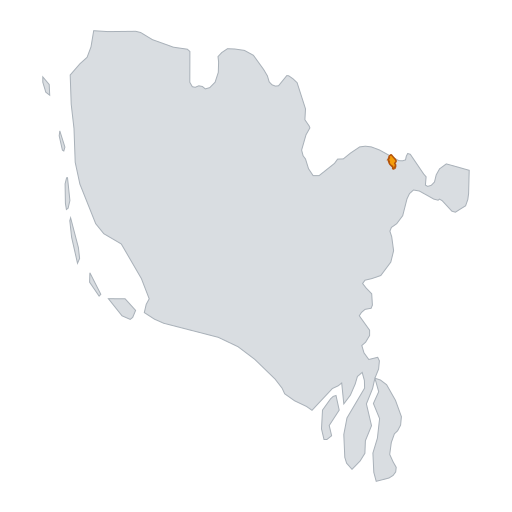 Beesel, Limburg, Netherlands shown in context, rotated 270°
{"feature_id": "6326949B64998271087377", "entity_name": "Beesel", "entity_type": "district", "adm_level": 2, "iso_a3": "NLD", "parent_name": "Netherlands", "parent_adm1": "Limburg", "projection": "robinson", "projection_center": [6.061, 51.27], "detail": "fine", "context": "in_parent", "style": "filled", "palette": "amber", "viewbox_px": 512, "rotation_deg": 270, "n_neighbors": 0, "source": "geoboundaries", "source_scale": "gbopen_adm2", "svg_char_len": 4394}
<svg xmlns="http://www.w3.org/2000/svg" viewBox="0 0 512 512"><g transform="rotate(270 256 256)"><path d="M341.7,469.2L329.7,468.9L318.4,468.6L312.5,467.8L306.2,465.6L303.3,460.9L299.8,455.4L300.8,451.9L311.3,442.2L312.9,439.5L311.8,438.1L312.9,433.8L321.0,419.3L322.0,413.5L318.4,409.5L313.2,407.0L296.3,402.7L288.3,396.7L284.6,391.4L280.8,389.9L275.3,391.7L261.3,393.6L249.9,390.8L236.5,380.8L233.4,371.8L231.8,365.0L228.5,362.6L224.0,366.1L218.2,371.7L206.9,372.4L203.7,371.1L203.2,368.0L202.6,365.0L199.5,361.4L196.2,359.3L181.8,369.6L176.5,369.6L169.8,365.6L166.5,361.8L159.1,364.0L152.5,368.8L154.7,377.7L151.1,379.4L143.0,378.6L133.8,374.9L123.5,372.6L108.1,366.4L86.3,371.5L71.3,365.4L58.7,364.9L51.0,360.1L42.7,352.0L48.8,346.6L54.6,344.8L77.5,343.8L94.1,347.0L123.9,364.6L131.5,364.4L139.6,362.2L135.5,357.4L128.0,355.2L116.9,350.4L108.1,343.8L129.0,341.7L126.2,338.2L123.5,332.4L101.7,312.0L105.6,306.4L111.2,294.6L118.2,284.7L123.8,282.1L132.9,275.1L152.7,254.7L165.3,238.0L174.7,218.2L188.7,163.8L192.8,154.5L199.4,144.3L207.6,146.2L213.2,149.2L233.4,141.4L268.0,121.3L278.3,103.8L288.3,95.7L327.9,79.9L349.7,75.2L383.4,74.0L407.8,71.2L437.0,70.2L448.2,79.9L454.7,87.1L465.1,91.0L481.3,93.7L480.4,107.8L480.7,135.7L479.5,140.6L472.4,152.3L464.8,173.4L462.8,187.3L460.5,189.9L429.7,189.8L425.3,192.3L424.7,195.2L426.2,198.8L425.5,202.4L423.1,205.3L424.4,209.8L429.8,215.1L439.6,218.3L450.0,218.6L455.4,218.0L459.4,221.7L463.3,227.5L463.0,234.7L461.6,244.4L456.7,253.4L442.4,263.7L436.1,267.4L430.1,269.2L427.2,272.0L425.9,275.4L426.2,278.5L436.4,286.8L436.2,288.7L433.2,293.0L429.3,297.1L403.1,305.5L392.2,304.9L386.1,309.1L384.1,309.9L377.2,306.0L361.9,301.6L356.2,303.1L353.0,305.5L343.3,308.5L336.4,313.1L336.4,319.1L348.6,334.5L352.9,337.6L353.1,343.3L359.0,350.6L365.1,359.7L365.8,365.4L365.1,371.3L362.0,379.5L351.3,398.9L351.2,402.6L352.1,405.5L355.8,406.3L358.5,407.7L357.7,410.3L337.8,423.8L335.2,426.1L326.9,425.4L325.6,427.7L326.7,431.3L330.0,434.5L337.1,436.2L343.2,439.6L348.1,446.3L341.7,469.2ZM133.8,374.9L132.0,380.4L127.3,386.6L111.6,395.5L95.3,401.4L86.9,400.6L81.2,397.6L78.2,394.4L69.5,391.3L57.6,389.7L50.1,393.1L44.7,396.2L40.1,395.7L36.6,393.1L34.0,389.0L30.7,376.2L39.7,373.8L58.9,372.9L73.8,377.4L93.4,379.6L108.5,373.4L120.3,378.7L133.8,374.9ZM101.9,322.5L113.2,330.6L115.6,333.2L116.5,336.0L101.9,339.2L86.5,329.2L76.3,331.6L72.5,326.9L72.5,324.0L83.1,321.5L101.9,322.5ZM213.2,125.1L201.6,135.6L194.6,132.7L192.6,130.2L196.2,122.0L213.3,108.4L213.2,125.1ZM264.4,78.4L253.6,79.6L248.7,77.5L274.8,71.6L291.3,69.8L294.2,70.6L264.4,78.4ZM334.3,67.5L311.5,69.9L303.8,68.1L302.5,66.4L308.7,65.4L328.2,65.1L334.2,66.6L334.3,67.5ZM239.2,89.9L217.7,100.8L215.9,99.1L229.8,89.6L239.2,89.9ZM427.5,49.2L416.8,49.7L419.8,45.8L429.8,42.8L435.1,42.8L427.5,49.2ZM381.1,59.8L364.9,64.9L361.0,63.8L361.9,62.4L376.2,59.2L381.1,59.8Z" fill="#d9dde1" stroke="#a8b0b8" stroke-width="1"/><path d="M343.1,393.8L343.2,394.0L343.3,394.0L343.5,394.1L343.8,394.2L344.0,394.2L344.0,394.3L344.3,394.5L344.4,394.8L344.3,395.0L344.5,395.0L344.8,395.0L344.7,395.1L344.8,395.1L345.0,395.2L345.0,395.3L345.3,395.4L345.3,395.5L345.5,395.5L345.9,395.7L346.2,395.5L346.4,395.6L346.6,395.6L346.8,395.6L347.1,395.6L347.5,395.5L347.6,395.4L347.8,395.2L348.0,395.0L348.2,394.9L348.3,394.8L348.4,394.7L348.5,394.7L348.7,394.8L348.8,394.8L349.2,395.1L349.8,395.6L350.1,395.8L350.6,396.0L350.9,396.2L351.0,396.2L352.5,395.4L355.0,393.2L357.1,391.4L357.1,391.0L357.1,390.9L357.1,390.7L356.8,390.5L356.5,389.9L355.9,389.3L355.2,389.0L355.0,388.9L354.5,389.3L354.3,389.1L353.9,388.7L353.7,388.5L353.5,388.4L353.4,388.4L353.2,388.4L353.2,388.5L353.1,388.4L352.9,388.4L352.7,388.4L352.5,388.2L352.5,388.3L352.5,388.2L352.4,388.1L352.2,388.1L351.9,388.2L351.5,388.4L350.7,388.6L350.8,388.7L350.7,388.7L350.7,388.8L350.6,389.0L350.4,389.2L350.4,389.3L350.2,389.3L349.9,389.3L349.7,389.3L349.5,389.2L349.4,389.2L348.9,389.2L348.8,389.3L348.6,389.4L348.4,389.5L348.2,389.6L347.9,389.8L347.7,389.9L347.6,390.1L347.3,390.3L347.1,390.5L346.9,390.7L346.9,390.8L346.4,391.2L346.3,391.3L346.2,391.4L346.1,391.5L345.9,391.6L345.9,392.0L345.8,392.3L345.7,392.4L345.7,392.5L345.4,392.6L345.2,392.7L344.8,392.7L344.7,392.7L344.4,392.7L344.2,392.6L343.9,392.6L343.7,392.7L343.5,392.8L343.4,392.8L343.3,393.0L343.2,393.0L343.1,393.3L343.0,393.5L343.1,393.8Z" fill="#f59e0b" stroke="#b45309" stroke-width="1.5"/></g></svg>